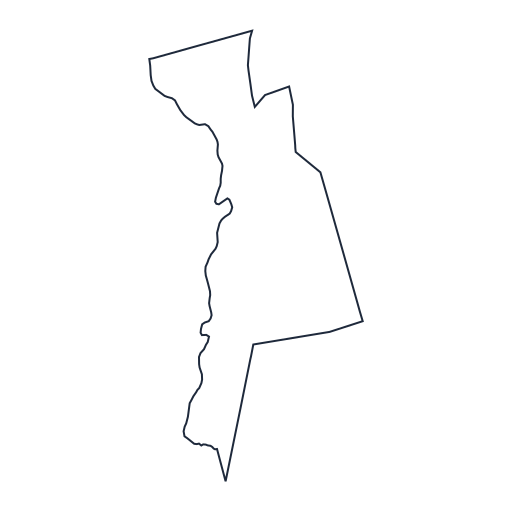 Amarante, Piauí, Brazil (Equal Earth projection)
{"feature_id": "56859067B92576717427769", "entity_name": "Amarante", "entity_type": "district", "adm_level": 2, "iso_a3": "BRA", "parent_name": "Brazil", "parent_adm1": "Piauí", "projection": "equal_earth", "projection_center": [-42.852, -6.403], "detail": "fine", "context": "isolated", "style": "outline", "palette": "slate", "viewbox_px": 512, "rotation_deg": 0, "n_neighbors": 0, "source": "geoboundaries", "source_scale": "gbopen_adm2", "svg_char_len": 1904}
<svg xmlns="http://www.w3.org/2000/svg" viewBox="0 0 512 512"><path d="M184.5,436.3L187.1,438.1L194.2,443.8L196.8,444.1L199.0,443.6L201.3,445.5L203.2,444.4L205.8,444.6L207.7,445.4L210.5,445.8L212.3,447.0L213.7,448.6L215.1,449.3L217.0,449.0L225.6,481.3L240.6,407.7L250.4,358.9L251.0,356.4L253.3,344.5L299.8,336.8L329.6,331.9L362.7,321.2L359.8,311.4L357.0,301.4L341.8,247.6L327.0,195.4L320.4,172.3L295.7,152.0L295.3,148.1L295.2,145.4L294.7,139.2L294.3,134.3L292.8,116.3L292.9,104.8L289.1,86.5L281.8,89.1L265.1,95.0L254.8,106.9L252.0,95.6L250.5,84.5L248.5,70.5L247.9,65.2L248.6,55.8L249.2,47.5L249.9,38.4L252.1,30.7L198.9,45.5L188.5,48.4L153.1,58.3L149.3,59.0L150.2,65.7L150.7,75.2L151.5,80.9L153.3,85.5L155.3,88.9L164.6,95.9L167.5,97.0L171.9,98.2L175.0,100.4L176.8,104.0L178.8,107.5L180.3,110.1L184.0,115.0L186.3,117.2L194.8,123.4L197.2,124.4L199.3,125.0L205.0,124.2L208.4,126.2L209.7,128.2L210.9,129.9L212.4,131.7L214.1,134.8L216.7,139.6L217.5,141.9L217.9,144.5L217.4,150.6L217.7,154.5L218.5,157.1L222.0,163.6L222.5,165.9L222.0,170.9L221.1,175.3L220.7,178.8L220.7,182.8L220.2,185.8L219.1,188.2L215.9,197.7L215.1,201.7L216.4,203.8L218.9,204.3L227.4,198.4L229.4,199.7L231.3,204.2L232.2,207.3L231.1,211.1L229.7,213.6L224.9,216.8L222.6,218.8L221.2,220.4L219.5,223.4L217.1,232.8L217.7,242.1L216.7,246.2L215.5,248.8L211.1,254.3L208.6,259.3L207.5,262.5L205.6,266.7L205.3,271.1L205.8,275.5L206.8,279.0L208.0,283.4L210.0,291.3L210.2,295.1L209.7,298.0L209.1,303.2L209.6,306.1L211.2,312.4L211.6,315.2L210.6,318.5L208.7,321.2L204.8,322.5L202.2,324.3L201.0,328.9L200.6,332.7L201.9,335.1L206.3,334.9L209.0,336.6L207.7,342.1L206.0,344.7L204.0,349.2L200.5,353.1L199.0,357.0L199.1,364.1L199.6,367.5L201.9,374.3L202.1,379.6L201.4,383.1L199.2,388.1L197.5,389.8L196.1,392.3L193.4,396.2L191.2,400.5L189.7,403.2L187.9,416.8L186.2,423.4L184.7,426.6L183.6,431.3L184.5,436.3Z" fill="none" stroke="#1e293b" stroke-width="2"/></svg>